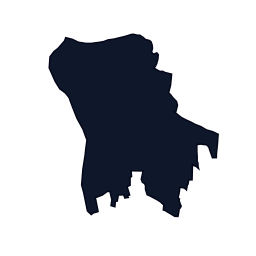 Kardasa, Al Jizah, Egypt (Natural Earth projection), rotated 14°
{"feature_id": "37247803B74669546915316", "entity_name": "Kardasa", "entity_type": "district", "adm_level": 2, "iso_a3": "EGY", "parent_name": "Egypt", "parent_adm1": "Al Jizah", "projection": "natural_earth1", "projection_center": [31.148, 30.052], "detail": "fine", "context": "isolated", "style": "filled", "palette": "ink", "viewbox_px": 256, "rotation_deg": 14, "n_neighbors": 0, "source": "geoboundaries", "source_scale": "gbopen_adm2", "svg_char_len": 2691}
<svg xmlns="http://www.w3.org/2000/svg" viewBox="0 0 256 256"><g transform="rotate(14 128 128)"><path d="M217.0,112.3L211.1,111.1L204.5,110.9L204.4,110.8L198.2,109.0L192.4,108.3L187.2,107.0L186.6,106.9L182.7,106.2L176.9,104.8L169.0,101.2L170.5,100.7L170.5,98.0L170.5,93.9L168.6,90.5L164.1,87.7L160.8,85.0L158.9,84.2L158.9,76.1L157.3,65.2L153.8,65.2L150.6,65.2L147.6,64.6L146.7,65.2L144.1,65.2L138.5,63.5L139.6,61.8L140.2,59.0L140.3,56.3L140.3,53.6L139.6,49.5L137.7,48.1L135.1,50.2L132.5,48.8L132.5,46.7L132.5,44.7L131.2,41.3L129.3,38.6L127.4,37.9L123.5,37.9L120.9,36.5L117.1,35.1L116.5,35.3L114.5,35.7L110.6,35.7L108.5,36.5L102.9,39.9L92.5,45.3L87.4,47.3L85.4,48.7L83.5,50.0L79.0,52.0L78.2,52.3L74.4,53.8L71.9,54.8L66.7,56.1L59.0,56.8L52.5,55.4L45.7,55.4L45.4,58.8L40.9,67.6L37.7,71.7L35.1,77.8L37.0,88.7L46.0,100.3L52.4,106.5L58.9,109.2L63.4,112.7L68.5,120.2L76.3,131.1L84.6,140.0L89.1,146.7L91.1,149.5L91.7,155.0L92.0,157.8L93.0,165.2L94.2,178.8L96.8,194.5L100.6,201.3L108.7,218.3L113.3,220.9L114.8,218.9L116.5,217.9L118.8,216.6L119.2,216.3L117.2,212.1L114.3,205.9L113.1,203.6L118.5,199.8L119.4,199.2L123.2,194.6L125.8,193.9L126.8,195.8L128.3,198.8L129.7,201.4L130.3,207.4L132.1,207.5L134.3,207.6L133.5,202.2L135.3,201.5L134.8,195.3L136.9,194.8L140.0,193.9L141.9,196.7L145.1,195.3L143.8,194.0L145.8,192.6L141.3,185.1L143.9,183.1L142.0,175.6L143.2,174.2L141.3,168.7L145.9,167.7L152.7,166.1L152.9,166.1L153.0,167.0L153.2,171.2L153.2,172.0L153.2,172.6L153.2,173.2L153.3,174.5L155.2,177.3L156.8,177.6L157.6,178.1L158.2,178.6L159.0,180.0L159.2,180.8L159.9,183.5L162.8,188.2L163.8,188.3L164.8,188.4L168.1,189.2L173.1,190.4L177.6,191.9L179.5,193.1L181.3,193.8L182.1,199.0L183.9,199.1L194.8,202.4L197.9,201.7L197.9,200.7L197.8,200.0L197.7,198.9L197.6,197.0L197.5,196.5L197.2,194.1L198.0,193.0L198.5,191.1L198.1,190.4L197.9,190.2L197.5,189.7L197.2,189.3L196.7,188.6L196.2,187.7L195.4,186.5L195.1,185.5L195.1,184.5L194.6,184.2L193.6,183.6L193.4,182.5L193.4,181.5L193.4,179.6L193.2,177.6L193.2,177.0L192.9,175.0L192.6,173.2L194.5,172.8L195.8,172.6L196.5,172.5L196.9,172.8L198.1,173.0L199.7,173.9L199.3,168.1L199.8,168.0L199.5,163.6L202.7,162.8L199.4,147.9L201.3,148.6L203.2,148.7L206.3,150.3L205.4,148.6L205.1,147.9L204.8,146.8L204.6,146.0L204.4,145.2L203.1,143.4L202.6,141.2L202.2,139.5L201.7,138.0L201.5,137.4L201.3,136.7L201.0,135.8L200.7,134.9L198.8,127.4L200.1,126.9L200.8,126.7L201.4,126.4L202.7,126.0L203.3,125.9L203.8,125.9L206.1,125.6L206.6,125.5L208.3,125.3L210.9,126.8L213.5,130.9L214.0,131.6L217.1,136.4L218.7,136.0L220.9,135.4L220.3,132.8L220.0,131.5L219.2,125.6L218.7,122.3L218.3,119.8L218.2,119.3L218.1,118.8L217.0,112.3Z" fill="#0f172a" stroke="#020617" stroke-width="1.5"/></g></svg>